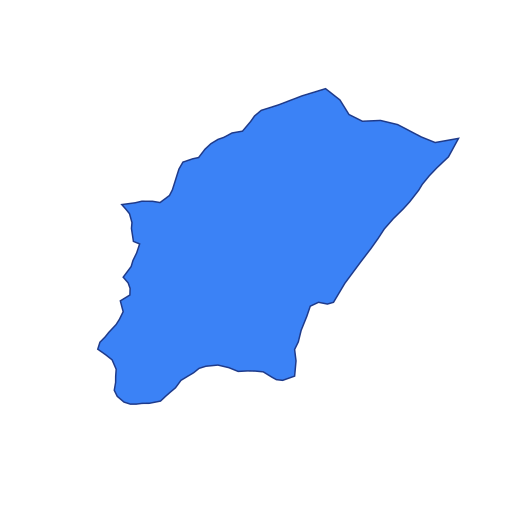 outline of Diorios, Cyprus, rotated 202°
{"feature_id": "46923920B66967696615816", "entity_name": "Diorios", "entity_type": "district", "adm_level": 2, "iso_a3": "CYP", "parent_name": "Cyprus", "parent_adm1": "", "projection": "orthographic", "projection_center": [33.034, 35.3], "detail": "fine", "context": "isolated", "style": "filled", "palette": "blue", "viewbox_px": 512, "rotation_deg": 202, "n_neighbors": 0, "source": "geoboundaries", "source_scale": "gbopen_adm2", "svg_char_len": 1454}
<svg xmlns="http://www.w3.org/2000/svg" viewBox="0 0 512 512"><g transform="rotate(202 256 256)"><path d="M305.7,393.0L309.8,385.3L311.4,378.5L315.3,366.7L324.3,361.1L330.4,353.8L334.9,349.9L339.9,343.2L343.3,335.9L346.1,325.8L351.1,322.4L358.9,315.7L360.0,307.8L359.5,301.1L358.9,293.8L358.3,285.9L358.9,279.7L365.0,269.6L372.3,268.0L382.4,264.0L387.9,260.1L399.7,253.4L394.1,250.6L389.1,247.8L383.5,240.5L381.8,234.9L375.1,223.6L368.4,223.6L367.8,214.1L368.4,205.7L367.8,199.5L371.2,186.6L364.5,183.2L360.6,178.8L358.3,172.6L365.0,163.6L358.3,154.6L358.9,146.2L360.0,140.1L363.9,130.0L365.6,124.3L368.4,117.6L367.8,110.3L358.3,108.1L350.5,105.8L343.2,98.6L341.0,91.8L338.8,86.2L337.1,78.4L332.1,73.9L323.7,71.1L317.0,71.6L311.4,73.9L306.4,76.7L299.7,79.5L290.2,85.7L287.4,91.8L284.6,97.4L281.3,103.6L279.0,112.6L274.0,119.3L270.1,124.4L266.7,130.5L261.2,135.0L250.5,140.6L239.4,142.3L229.3,142.3L221.0,146.2L213.7,149.0L205.9,151.3L195.8,149.6L190.8,149.0L184.7,150.7L175.2,159.1L179.6,173.7L185.2,183.8L184.6,192.2L186.3,204.0L186.3,219.1L186.9,229.8L180.7,236.5L171.8,238.2L166.8,242.1L163.4,264.0L156.7,289.8L152.2,306.1L149.4,317.9L147.2,329.1L142.7,342.0L137.1,354.9L133.8,363.9L129.8,377.9L128.7,384.7L125.4,395.3L121.4,405.4L114.7,420.0L112.3,440.9L132.4,428.3L147.5,428.3L173.9,430.9L191.4,428.3L207.8,420.8L222.8,422.0L236.6,432.1L254.2,437.2L273.0,422.0L291.9,404.4L305.7,393.0Z" fill="#3b82f6" stroke="#1e3a8a" stroke-width="1.5"/></g></svg>